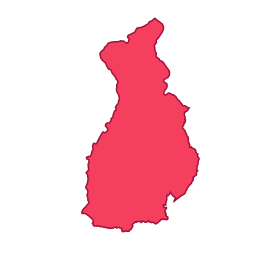 El Peñol, Nariño, Colombia, rotated 347°
{"feature_id": "7082276B8054790353271", "entity_name": "El Peñol", "entity_type": "district", "adm_level": 2, "iso_a3": "COL", "parent_name": "Colombia", "parent_adm1": "Nariño", "projection": "albers", "projection_center": [-77.43, 1.524], "detail": "fine", "context": "isolated", "style": "filled", "palette": "rose", "viewbox_px": 256, "rotation_deg": 347, "n_neighbors": 0, "source": "geoboundaries", "source_scale": "gbopen_adm2", "svg_char_len": 5909}
<svg xmlns="http://www.w3.org/2000/svg" viewBox="0 0 256 256"><g transform="rotate(347 128 128)"><path d="M192.1,122.2L191.4,122.1L189.8,120.3L188.6,119.3L186.7,118.6L186.3,118.1L185.7,116.4L184.5,114.3L184.1,113.0L183.8,112.4L182.9,111.8L182.6,111.3L182.4,110.0L181.7,108.4L180.2,106.2L178.7,105.6L176.6,103.6L175.5,103.1L174.9,103.1L172.8,104.2L172.3,104.2L171.8,104.1L171.1,103.7L170.7,102.7L170.8,101.8L171.5,100.5L172.8,99.1L174.8,97.6L175.6,95.6L175.8,94.2L175.7,93.4L174.1,91.9L173.5,91.0L173.4,90.4L173.7,89.3L174.6,88.7L178.0,87.8L178.6,87.4L180.1,86.0L180.9,83.6L181.0,82.5L180.9,81.2L179.4,77.9L179.1,77.0L178.3,75.6L178.2,74.6L176.9,71.6L175.7,70.3L174.9,70.0L174.3,69.5L173.8,67.5L171.8,65.4L171.5,64.6L171.7,63.6L172.3,61.9L172.3,61.1L171.8,59.9L171.7,58.2L172.2,55.7L172.1,54.1L172.4,53.3L172.7,52.9L173.7,52.3L174.6,51.4L175.0,50.7L174.9,50.0L175.4,48.6L176.6,47.8L177.5,47.4L183.2,41.9L184.5,40.0L185.1,38.5L185.3,36.5L184.8,34.6L183.3,32.5L180.9,29.8L179.2,27.5L179.0,27.2L178.2,27.3L175.2,29.0L173.0,29.2L172.4,29.5L171.5,30.7L171.0,31.0L165.8,32.6L163.8,32.9L159.4,32.7L159.0,32.9L155.9,36.3L153.2,36.8L151.5,37.4L150.3,37.5L149.5,37.7L148.4,38.4L148.1,39.1L148.1,40.0L148.5,40.2L149.2,41.7L149.1,42.0L148.5,42.6L148.4,43.0L147.8,44.2L146.8,45.0L146.5,45.1L146.3,44.9L145.5,44.7L144.4,43.8L143.8,42.8L143.0,42.2L141.2,41.8L140.4,41.3L139.9,41.4L139.4,41.7L138.5,41.6L138.2,41.8L135.0,41.1L131.2,40.6L128.5,40.7L127.3,41.3L126.6,42.2L124.3,43.7L123.3,44.1L122.5,45.5L121.6,46.3L120.2,46.8L118.8,47.7L117.3,49.3L117.2,53.4L117.3,54.1L118.3,56.3L120.5,59.2L121.1,61.5L121.2,62.9L121.8,64.4L122.1,65.9L122.5,66.3L124.0,67.3L124.5,67.8L124.9,70.9L126.9,74.8L127.5,77.8L128.0,78.4L128.6,80.3L128.4,81.2L126.6,83.8L126.2,86.1L125.6,87.2L125.3,88.0L125.4,90.9L125.8,91.6L126.4,93.9L126.2,96.9L126.0,97.9L125.6,98.7L124.7,99.7L124.6,100.3L124.0,101.9L122.8,102.7L121.0,104.2L120.7,104.6L120.4,105.6L120.6,106.5L120.6,107.8L120.2,108.1L119.0,108.2L118.7,108.5L116.7,111.5L115.7,113.9L115.1,114.4L114.4,114.6L114.0,114.9L113.6,115.2L113.3,116.4L112.3,117.7L111.5,118.5L110.4,118.8L109.1,118.5L108.2,118.6L107.4,119.2L106.8,119.9L106.6,120.4L106.6,121.1L107.7,123.3L107.9,124.0L107.9,125.0L107.5,125.7L106.3,126.7L105.2,127.3L104.1,127.3L103.2,126.4L102.6,126.3L102.3,126.5L97.6,131.4L97.0,132.5L95.5,133.9L94.7,135.3L93.8,136.2L93.0,136.3L91.8,135.3L91.4,135.2L90.8,135.5L89.4,137.6L89.3,141.0L87.9,142.3L85.7,146.4L84.9,147.1L83.6,146.9L83.0,146.9L82.7,147.1L81.5,147.0L81.1,147.1L80.9,147.4L80.8,148.0L80.9,148.7L81.2,149.1L82.3,149.6L82.6,150.3L82.7,151.4L80.8,154.9L80.8,156.4L80.5,157.1L80.5,158.6L80.0,160.0L79.7,160.4L78.9,161.0L77.3,161.9L77.3,162.7L77.8,163.4L78.0,165.1L77.8,166.5L77.9,167.5L77.5,169.1L76.1,172.5L75.0,174.2L73.8,175.6L73.5,176.4L73.5,177.1L74.5,179.3L74.6,180.5L74.3,182.0L72.9,184.2L73.1,187.8L72.7,188.8L72.7,189.5L72.8,190.3L73.2,190.9L73.2,191.8L72.6,192.7L71.2,193.5L68.6,195.6L67.1,196.4L65.6,197.5L64.3,199.2L63.9,200.5L64.0,200.9L65.0,201.3L67.0,201.6L67.5,201.9L68.7,203.5L70.0,204.7L71.6,207.3L72.4,208.1L73.1,209.7L73.1,211.6L72.9,212.0L71.8,213.0L72.2,213.5L72.2,214.7L73.0,216.0L73.8,215.9L75.7,216.7L76.5,216.3L76.8,216.4L78.2,217.7L78.8,217.9L79.8,217.9L80.9,218.7L83.8,219.8L84.7,220.6L85.6,220.5L86.0,220.6L86.6,220.9L86.9,221.5L87.6,221.5L88.9,222.0L89.7,221.9L90.8,222.2L92.4,221.8L93.1,221.8L94.1,222.1L94.6,223.0L95.6,222.6L96.3,222.6L97.1,223.0L97.6,223.7L98.3,224.0L99.2,224.6L99.3,225.3L98.9,226.0L98.8,226.7L99.7,227.9L100.2,228.0L101.9,227.9L102.5,227.6L103.8,228.5L104.5,228.5L105.5,228.8L106.1,228.7L106.6,227.8L107.9,227.6L109.0,226.5L109.6,226.1L110.0,225.2L110.7,224.5L110.7,224.2L110.3,223.4L110.4,223.1L111.0,222.8L112.0,222.0L112.6,222.0L113.4,221.6L114.1,221.6L114.3,221.1L114.5,221.0L115.0,221.1L115.3,221.7L116.2,221.3L118.0,221.6L119.5,222.4L119.5,223.0L120.2,222.9L120.3,221.9L120.9,221.7L121.5,222.2L122.3,222.6L123.1,223.5L124.7,223.9L125.9,223.7L127.2,222.8L127.6,223.3L127.5,224.0L127.8,224.4L128.4,224.7L129.0,224.7L129.7,225.5L130.3,225.3L130.9,225.3L131.5,226.0L132.5,226.6L132.9,227.3L133.3,227.6L134.1,227.6L135.0,227.1L136.2,226.9L137.1,226.0L138.1,225.8L140.1,224.4L141.2,224.9L141.8,224.6L143.2,225.3L144.1,225.3L145.1,226.2L145.8,225.9L146.6,225.2L146.6,224.2L146.4,224.0L146.6,223.6L145.9,223.0L145.6,222.3L145.2,222.2L145.0,221.8L145.3,221.1L145.8,220.6L145.6,219.6L145.2,219.5L145.2,219.2L145.6,218.7L145.2,217.2L145.9,216.1L147.3,215.1L147.6,214.1L146.2,213.9L145.1,213.4L145.0,212.7L145.4,211.8L145.1,211.5L145.1,210.9L147.5,211.6L148.0,209.6L149.7,206.3L149.9,204.8L150.7,203.2L150.9,202.3L151.1,202.1L152.0,202.9L154.0,201.3L154.8,200.2L155.3,201.9L156.2,203.2L156.6,204.4L157.3,205.3L158.7,206.5L158.6,207.2L157.3,208.2L156.6,209.2L156.4,209.8L157.9,209.1L159.3,208.3L161.7,207.5L162.6,206.9L165.1,205.9L166.0,205.7L167.0,205.2L168.2,204.9L169.3,204.0L170.1,202.6L171.5,201.2L172.3,199.7L173.3,199.1L174.2,198.0L175.0,197.7L175.7,197.1L176.1,197.0L176.5,196.6L177.4,196.2L178.0,195.0L179.6,193.7L179.8,193.3L179.8,192.7L180.2,192.1L180.0,191.7L180.6,190.5L181.2,190.6L182.4,189.8L184.0,189.2L184.3,188.6L184.3,188.0L184.7,186.8L185.5,185.8L186.2,185.3L186.4,185.0L185.6,184.2L185.5,183.5L186.2,182.6L186.6,181.0L187.2,180.4L188.4,178.1L188.8,176.3L190.3,174.2L190.4,173.6L189.8,172.5L189.8,171.6L189.4,171.0L189.5,170.3L190.1,169.3L190.2,169.0L189.4,168.6L188.8,167.3L188.9,165.1L188.8,164.8L188.5,164.7L188.5,163.8L187.2,162.7L185.9,161.8L185.2,160.5L184.3,160.8L183.9,160.5L183.9,159.4L184.4,158.1L183.9,155.6L183.9,153.7L184.5,152.3L184.4,150.0L183.5,148.9L183.6,147.9L183.3,145.7L182.6,142.8L181.4,140.7L181.2,139.7L181.3,139.3L182.9,137.7L183.7,135.7L184.5,135.4L184.6,135.6L185.1,135.2L185.0,134.2L186.0,133.2L185.9,132.8L185.3,132.3L186.0,130.6L185.8,128.2L185.9,127.4L186.6,125.8L187.4,125.2L189.1,124.8L189.6,124.5L191.6,122.8L192.1,122.2Z" fill="#f43f5e" stroke="#9f1239" stroke-width="1.5"/></g></svg>